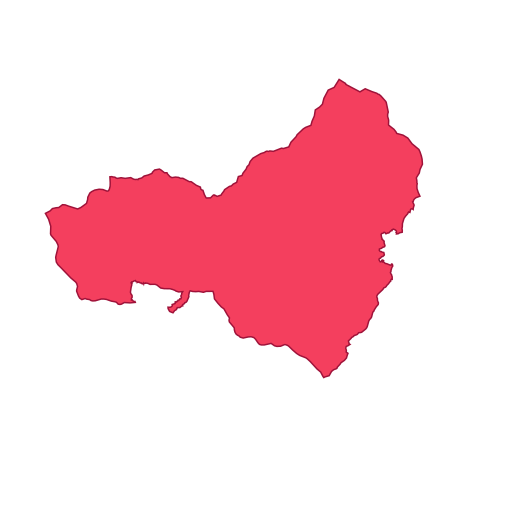 the district of Bistra, Maramures, Romania, rotated 340°
{"feature_id": "2599482B95766833415953", "entity_name": "Bistra", "entity_type": "district", "adm_level": 2, "iso_a3": "ROU", "parent_name": "Romania", "parent_adm1": "Maramures", "projection": "mercator", "projection_center": [24.244, 47.867], "detail": "fine", "context": "isolated", "style": "filled", "palette": "rose", "viewbox_px": 512, "rotation_deg": 340, "n_neighbors": 0, "source": "geoboundaries", "source_scale": "gbopen_adm2", "svg_char_len": 6134}
<svg xmlns="http://www.w3.org/2000/svg" viewBox="0 0 512 512"><g transform="rotate(340 256 256)"><path d="M376.0,324.5L376.8,322.3L376.9,321.5L376.8,321.1L377.0,319.9L376.6,318.6L376.7,317.3L377.4,316.9L377.9,315.8L379.7,313.3L381.0,312.3L381.3,311.2L381.2,310.2L380.6,309.9L379.7,310.8L378.9,310.4L376.3,308.0L374.9,307.2L374.0,305.4L372.9,304.9L373.3,304.0L374.0,304.2L374.3,304.0L373.7,303.1L372.7,303.1L372.3,303.8L371.2,304.2L370.7,303.9L370.3,301.8L370.5,301.1L371.1,300.6L372.2,300.6L373.7,299.7L375.1,299.8L376.7,299.1L377.0,298.8L377.3,296.4L375.9,295.6L375.3,294.7L374.9,294.7L374.1,293.9L373.8,292.8L374.4,291.6L376.5,291.7L378.3,291.1L379.0,291.3L380.0,291.2L380.7,290.5L380.9,287.3L381.5,285.9L380.8,284.7L380.6,283.6L380.1,283.3L380.4,282.4L380.4,281.3L380.9,278.5L381.8,277.8L382.9,278.1L384.4,277.5L385.2,278.1L385.5,279.4L386.2,279.6L387.6,279.4L388.6,279.8L391.2,278.5L392.4,278.7L392.7,278.4L392.5,278.2L392.6,277.9L394.3,277.7L395.9,279.2L396.4,280.5L396.2,281.6L395.7,281.8L396.0,282.4L395.5,283.3L397.2,283.7L399.0,283.3L401.5,283.7L402.2,282.1L402.6,280.0L403.5,278.6L404.7,275.6L407.9,271.3L410.2,269.7L413.3,268.0L413.6,267.4L414.5,266.8L415.5,267.7L417.3,265.0L418.3,264.9L419.2,265.4L419.6,266.0L420.2,264.7L421.9,262.4L422.0,261.6L421.7,258.7L422.4,258.5L423.5,257.1L424.8,256.4L426.3,255.9L430.5,255.9L430.2,251.8L430.3,247.9L431.2,245.0L432.3,243.0L432.3,241.6L432.9,240.6L432.9,239.6L433.2,239.0L433.2,238.2L433.6,237.2L437.8,233.9L439.7,230.8L443.8,226.7L445.2,221.7L445.6,218.6L445.7,214.3L445.5,211.6L441.0,203.9L439.0,197.1L435.5,192.7L430.1,188.9L430.1,187.7L429.0,184.2L425.4,178.4L425.4,178.0L426.9,174.3L427.2,173.0L427.4,169.9L428.2,167.8L429.5,166.0L430.9,156.3L430.8,155.2L428.1,148.3L426.9,146.2L426.2,145.9L425.2,144.4L421.2,141.2L415.8,136.2L409.8,137.3L399.1,125.5L399.2,124.6L394.5,118.5L387.1,124.3L380.6,124.8L373.8,131.0L370.3,136.1L366.7,137.8L361.7,139.0L358.7,144.4L354.7,148.6L352.3,152.0L346.7,152.1L343.9,152.7L336.1,156.1L334.5,157.6L327.8,161.0L324.1,164.7L318.6,164.4L316.8,163.4L308.1,163.6L304.9,162.0L303.7,162.1L302.1,161.2L300.6,161.2L299.3,161.6L295.6,161.4L286.6,163.0L282.8,165.2L280.6,167.9L278.3,168.9L276.4,171.0L272.1,173.7L270.4,175.6L266.6,175.3L263.0,180.2L259.2,180.6L256.9,181.7L254.8,181.5L249.2,182.9L247.9,184.1L245.2,185.8L244.1,186.8L239.8,186.7L238.5,185.1L237.8,185.0L237.5,184.2L236.7,184.2L233.2,185.8L229.4,184.6L229.0,184.3L228.5,180.7L228.6,176.1L227.5,175.2L227.0,174.3L227.3,172.2L224.1,169.2L220.8,164.4L220.3,163.9L218.7,163.3L213.9,158.0L211.5,157.1L210.2,155.7L207.3,154.3L203.8,153.6L202.3,152.0L200.9,148.6L200.8,147.3L198.5,146.5L196.1,142.6L195.0,141.3L190.2,140.5L187.3,141.9L186.5,142.8L182.5,143.0L178.2,142.6L175.3,143.6L172.2,143.3L171.2,143.9L170.6,143.3L169.2,143.0L167.4,142.1L165.1,139.5L159.6,138.3L156.0,136.3L152.5,135.7L151.4,135.1L150.4,133.7L148.4,132.7L147.7,132.1L145.8,131.6L144.1,137.2L142.8,140.5L141.1,143.0L140.0,144.0L139.3,144.3L138.2,144.1L134.9,141.2L131.4,139.6L127.0,138.9L123.5,139.3L121.4,140.0L118.1,143.2L117.0,145.5L114.7,148.6L108.1,150.5L104.5,150.8L96.9,145.0L94.2,142.7L91.7,141.6L87.3,143.0L84.7,142.3L80.9,141.8L78.0,143.2L72.7,143.9L73.7,150.6L73.3,157.9L70.5,164.9L70.5,166.4L73.3,174.0L73.7,177.8L73.4,179.6L68.5,186.8L67.3,188.8L66.3,193.4L66.9,196.4L68.5,199.8L74.5,213.3L77.6,218.7L78.1,220.5L77.9,223.6L75.8,226.7L75.4,227.8L75.5,232.9L75.9,235.2L77.4,237.4L80.9,237.5L82.1,238.6L84.7,240.0L85.8,241.5L87.3,242.4L89.7,243.1L95.8,243.5L98.3,244.4L100.7,245.7L104.6,248.9L108.5,251.2L109.3,252.3L110.0,254.1L111.6,255.0L113.2,255.2L116.3,254.7L121.7,257.0L126.7,258.3L126.7,257.3L125.8,257.1L125.0,255.9L124.7,254.9L123.9,254.8L124.5,253.2L125.5,252.4L126.0,250.8L126.0,250.3L125.5,248.7L125.6,247.1L127.9,242.8L129.5,240.5L129.5,239.1L130.0,239.1L129.7,238.5L130.1,238.4L130.0,238.1L130.4,237.8L131.3,238.1L132.2,237.8L134.3,237.8L134.6,239.2L135.9,239.9L135.7,240.2L136.4,240.1L136.8,240.6L137.5,240.8L138.0,241.8L139.0,242.1L139.4,243.0L139.8,242.9L140.1,243.4L141.0,243.3L141.0,243.6L141.3,243.1L141.4,243.4L142.7,243.8L142.9,243.6L145.0,244.7L146.7,246.4L151.5,248.1L153.0,249.4L155.5,253.5L158.6,255.3L163.9,257.3L166.3,259.0L168.2,260.7L168.7,261.5L171.0,263.3L174.9,264.4L173.4,265.7L172.9,266.8L171.7,267.9L171.8,269.3L170.6,270.6L169.8,270.2L168.6,271.1L167.5,270.9L167.0,271.6L166.0,271.6L165.7,272.0L164.7,271.5L164.2,271.6L164.3,272.3L163.7,273.0L160.6,272.9L160.4,274.1L159.6,274.6L158.0,274.9L155.8,274.0L155.4,275.4L155.8,278.2L156.1,278.8L158.6,281.0L160.8,279.5L163.0,279.1L163.4,278.3L164.2,278.0L164.4,277.6L166.8,278.4L169.3,277.6L170.1,277.8L170.4,276.6L172.6,276.2L173.1,275.5L174.6,275.5L175.6,274.9L179.0,271.3L179.2,270.2L180.1,268.6L181.1,267.1L182.2,266.2L184.4,267.7L187.2,268.9L190.1,269.7L194.2,272.1L197.1,272.2L203.5,274.5L203.3,277.6L202.3,282.1L204.1,287.5L206.0,292.0L207.8,294.7L208.9,301.3L209.9,305.1L208.7,307.1L208.4,308.8L211.0,316.0L210.4,318.1L210.2,320.4L210.6,322.6L211.6,324.2L212.5,325.0L213.4,326.9L215.9,328.7L221.0,329.4L223.8,330.2L226.1,331.9L227.1,334.0L228.2,338.3L229.0,340.2L230.6,341.4L233.4,342.4L240.3,343.3L242.7,346.7L244.7,348.1L248.3,349.2L252.3,349.0L253.3,349.3L255.1,350.8L256.0,352.1L258.2,356.7L260.8,361.4L263.0,364.3L268.0,368.7L269.0,370.1L270.9,373.8L274.7,383.0L277.1,387.2L277.7,391.9L278.1,393.4L279.4,393.2L283.8,393.5L287.5,390.3L290.1,389.4L293.0,389.4L293.8,389.1L294.5,388.2L297.9,386.5L299.3,385.4L303.4,384.3L306.1,382.8L308.3,379.8L309.1,379.1L309.0,378.5L308.2,377.8L307.9,377.1L308.4,376.2L308.7,375.2L308.7,373.7L309.3,372.5L309.9,371.8L311.6,371.8L314.1,371.2L313.5,370.5L313.8,367.4L317.2,365.9L317.9,365.3L320.2,364.9L320.9,364.3L323.7,364.4L324.6,364.2L326.2,363.2L328.0,363.7L329.2,363.8L334.2,362.1L335.3,361.4L336.3,360.5L339.7,355.7L341.2,354.4L342.2,354.1L343.7,352.9L346.5,348.8L347.9,348.1L348.6,347.2L351.7,344.8L354.2,343.4L355.0,342.0L354.9,339.5L355.6,337.2L355.4,335.9L356.2,334.5L357.6,333.5L363.8,330.8L365.1,329.7L366.8,329.6L367.9,329.2L368.8,328.4L370.8,327.5L373.4,325.8L374.0,325.7L374.3,324.9L375.3,324.1L376.0,324.5Z" fill="#f43f5e" stroke="#9f1239" stroke-width="1.5"/></g></svg>